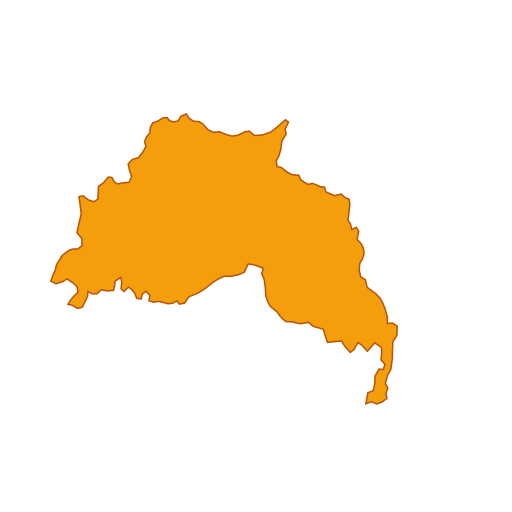 outline of Abatiá, Paraná, Brazil, rotated 209°
{"feature_id": "56859067B75283537526286", "entity_name": "Abatiá", "entity_type": "district", "adm_level": 2, "iso_a3": "BRA", "parent_name": "Brazil", "parent_adm1": "Paraná", "projection": "equal_earth", "projection_center": [-50.32, -23.304], "detail": "fine", "context": "isolated", "style": "filled", "palette": "amber", "viewbox_px": 512, "rotation_deg": 209, "n_neighbors": 0, "source": "geoboundaries", "source_scale": "gbopen_adm2", "svg_char_len": 2847}
<svg xmlns="http://www.w3.org/2000/svg" viewBox="0 0 512 512"><g transform="rotate(209 256 256)"><path d="M385.8,346.5L389.5,341.7L389.5,336.6L392.9,333.4L397.2,332.4L400.9,334.0L404.5,331.5L407.5,326.0L410.9,322.3L410.7,316.9L408.5,312.2L409.5,307.3L408.9,302.0L405.4,298.6L405.4,291.5L406.5,285.1L411.0,280.4L412.4,274.5L408.2,269.6L403.4,265.4L402.6,259.2L408.6,254.8L412.0,251.9L415.9,252.1L420.0,254.8L423.5,253.4L424.9,246.1L427.5,240.6L421.9,229.1L423.9,225.0L429.8,223.8L436.4,224.8L439.6,222.1L433.6,214.1L429.3,208.1L426.1,196.8L423.9,189.6L416.9,186.9L413.2,180.5L415.3,175.7L419.3,173.5L422.3,170.3L425.7,162.8L426.3,151.7L424.7,146.3L424.3,141.3L423.3,134.5L417.5,134.8L412.8,139.6L410.1,144.4L402.6,143.7L397.8,142.5L394.1,138.1L395.9,132.4L396.8,127.5L397.0,122.6L392.7,123.9L386.9,123.6L383.1,126.8L383.4,133.6L383.8,139.1L385.7,143.5L381.1,143.5L376.9,145.6L374.9,151.4L369.3,153.3L364.0,156.7L365.1,161.3L367.1,165.8L363.8,171.8L360.6,167.7L358.1,161.9L354.2,160.9L352.5,166.9L348.4,166.4L344.0,164.5L339.7,161.1L335.5,162.9L337.0,167.4L335.1,171.8L329.7,170.1L327.9,165.0L323.4,165.8L319.3,169.0L314.4,170.4L309.9,171.5L306.0,174.2L303.4,178.4L299.5,176.8L295.6,180.2L294.9,187.8L288.8,195.5L284.9,202.4L281.1,211.7L277.7,217.8L274.1,222.7L267.6,226.4L262.2,231.2L258.4,236.1L259.0,245.3L252.7,247.5L243.7,248.8L242.4,243.2L238.6,240.6L235.9,237.4L232.3,232.5L228.1,225.9L224.0,222.1L219.4,219.0L210.4,217.3L206.2,215.2L202.1,213.9L198.0,213.1L192.7,215.8L188.3,217.0L184.5,218.2L177.7,223.5L171.8,222.2L161.6,224.6L156.0,219.0L151.5,215.1L146.5,218.7L139.9,223.2L134.9,220.2L126.8,217.3L124.9,221.7L124.9,229.6L120.6,229.4L112.4,226.7L110.0,237.6L102.2,236.9L99.5,233.1L96.3,225.7L90.7,223.8L89.7,218.5L93.5,216.8L93.7,208.8L90.2,201.6L88.1,195.2L91.9,190.6L88.3,180.0L84.3,184.6L78.9,185.0L75.2,189.0L72.4,194.9L75.7,198.7L76.7,204.5L81.1,207.2L83.1,215.2L83.1,222.2L87.1,232.6L91.0,239.8L94.7,247.3L94.3,255.0L98.6,263.2L104.1,263.5L108.4,260.8L111.6,266.4L117.7,272.6L123.2,276.9L127.4,279.5L133.7,281.2L139.9,282.0L143.7,282.5L148.7,288.2L154.4,288.6L158.9,293.7L161.6,299.8L161.6,305.2L162.6,310.5L166.0,315.0L169.8,317.7L175.7,319.6L178.1,327.3L182.2,329.7L184.9,325.5L189.1,330.0L192.9,331.8L196.1,339.8L198.8,346.3L202.0,350.8L206.6,350.3L211.6,351.4L216.4,347.0L221.7,346.3L226.1,346.0L229.5,349.5L233.7,347.6L238.1,347.5L241.9,346.8L245.1,343.9L249.0,343.9L254.0,344.4L257.8,347.5L263.0,344.9L266.9,344.4L271.1,344.7L276.6,345.7L280.9,344.4L284.3,348.9L284.6,355.3L286.0,361.3L289.2,369.3L288.7,377.2L292.1,381.2L292.5,388.9L296.3,389.4L300.2,378.6L303.0,371.9L309.0,365.0L315.9,360.6L322.3,362.0L325.9,359.3L330.5,352.7L335.2,349.2L339.0,348.2L343.4,347.5L348.0,347.1L353.1,343.6L359.1,343.1L366.5,345.7L370.9,346.0L375.9,343.6L381.5,344.1L385.8,346.5Z" fill="#f59e0b" stroke="#b45309" stroke-width="1.5"/></g></svg>